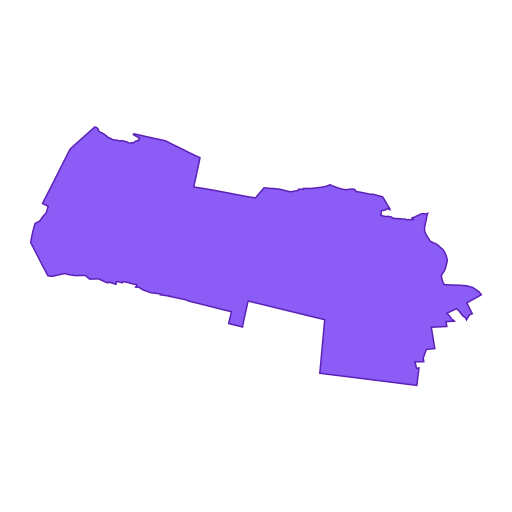 Calopar, Dolj, Romania
{"feature_id": "2599482B22631424246378", "entity_name": "Calopar", "entity_type": "district", "adm_level": 2, "iso_a3": "ROU", "parent_name": "Romania", "parent_adm1": "Dolj", "projection": "natural_earth1", "projection_center": [23.749, 44.163], "detail": "fine", "context": "isolated", "style": "filled", "palette": "violet", "viewbox_px": 512, "rotation_deg": 0, "n_neighbors": 0, "source": "geoboundaries", "source_scale": "gbopen_adm2", "svg_char_len": 4800}
<svg xmlns="http://www.w3.org/2000/svg" viewBox="0 0 512 512"><path d="M423.4,357.6L426.3,349.4L434.8,348.6L431.3,327.2L446.8,326.5L446.1,321.6L454.4,321.2L453.5,320.1L452.6,320.2L450.0,316.6L447.0,313.2L456.4,308.7L459.3,311.2L460.3,312.8L461.6,314.3L463.0,316.1L464.7,317.1L465.5,317.9L466.5,319.9L469.5,314.8L472.3,313.7L466.8,302.9L481.3,294.8L481.0,294.3L479.1,291.8L473.0,287.6L470.0,286.7L467.0,285.8L458.9,285.2L451.0,285.0L447.8,284.8L444.7,284.6L443.9,284.1L443.9,283.8L443.1,282.6L442.6,281.2L441.7,277.9L441.4,275.5L442.3,273.9L444.1,271.4L445.7,267.4L446.6,263.6L447.4,260.5L446.4,256.3L444.7,252.2L442.7,249.2L440.8,247.8L438.4,245.5L435.5,243.6L433.5,242.9L430.5,241.3L430.1,241.1L428.6,238.5L427.2,236.6L425.1,232.4L424.7,231.6L424.5,228.2L425.2,224.3L425.7,222.0L426.3,219.6L426.6,217.2L427.1,214.9L427.7,213.3L427.3,213.4L426.6,214.0L424.5,213.8L423.3,213.6L422.0,213.7L421.3,213.9L420.6,214.2L419.3,214.8L417.9,215.4L415.2,216.7L414.5,217.1L413.4,217.5L412.7,217.6L412.0,217.8L412.3,218.6L412.9,219.3L413.9,219.7L411.6,219.6L410.1,219.7L409.0,219.6L408.9,219.7L408.5,219.7L407.5,219.8L407.1,219.8L406.5,219.8L405.9,219.6L405.6,219.2L404.9,219.0L403.1,219.1L401.0,218.9L400.5,218.7L400.1,218.7L399.4,218.7L398.6,218.7L397.5,218.5L395.3,218.6L394.3,218.4L393.5,218.3L392.7,218.0L392.1,217.5L391.4,217.0L390.2,216.7L388.6,216.5L388.0,216.3L387.2,216.5L386.2,216.5L384.1,216.3L383.6,216.2L382.9,215.9L382.1,215.6L381.0,215.4L381.4,210.7L383.5,210.3L384.9,210.1L385.6,209.7L386.3,209.5L386.6,209.0L387.1,208.6L388.0,208.5L388.3,208.7L388.4,209.1L389.0,209.4L389.7,209.5L389.9,209.6L389.9,208.8L388.4,206.6L385.0,200.7L382.6,196.8L372.4,194.1L371.4,194.4L370.6,194.3L366.6,193.5L361.5,192.4L355.8,191.4L355.6,190.8L355.5,190.7L355.3,190.1L354.5,189.4L353.5,189.1L351.3,189.1L348.9,189.3L346.4,189.7L343.3,189.4L339.6,188.4L335.8,187.1L332.6,185.9L330.1,184.7L326.4,186.2L322.4,187.1L316.9,187.8L311.4,188.4L306.1,188.4L304.1,188.5L303.4,188.5L303.5,189.3L302.6,189.3L301.8,189.3L300.6,189.2L299.9,189.2L299.1,189.2L298.7,189.2L298.5,189.3L298.3,189.7L298.2,190.1L298.1,190.5L297.9,190.5L296.7,190.7L295.3,191.0L291.1,191.7L290.2,191.7L289.8,191.7L288.6,191.4L286.2,190.8L284.5,190.4L282.9,190.0L281.3,189.6L279.9,189.2L278.5,189.1L276.5,188.8L274.7,188.7L272.6,188.5L270.4,188.4L267.2,188.1L265.3,187.9L263.9,187.9L263.0,189.1L261.4,190.9L259.1,193.6L258.0,194.9L256.7,196.3L256.2,197.0L255.8,197.6L255.5,197.9L251.6,197.3L248.9,196.9L242.1,195.6L233.6,194.0L222.5,191.9L210.9,189.7L203.1,188.4L194.0,187.0L193.8,186.9L194.1,185.6L194.4,183.9L194.8,182.1L195.5,178.9L196.1,176.5L196.9,172.0L197.9,168.1L199.5,160.2L200.0,157.8L193.9,154.9L191.6,153.7L190.1,153.1L184.7,150.3L174.2,145.2L171.6,143.9L168.8,142.5L167.3,141.7L165.1,140.7L163.8,140.4L160.6,139.7L158.3,139.2L157.0,138.9L155.0,138.5L153.4,138.2L152.3,137.9L147.2,136.8L142.9,135.8L138.9,134.9L136.3,134.3L135.0,134.0L133.8,133.9L133.6,134.0L133.4,134.4L133.6,134.7L134.2,135.2L137.6,137.0L138.7,137.6L139.1,137.8L138.9,137.9L139.0,138.1L139.1,138.3L139.1,138.5L139.3,138.6L139.4,139.1L138.8,139.6L138.0,140.5L138.0,141.0L136.9,140.9L135.9,141.1L135.1,141.4L134.6,141.8L134.3,142.3L134.1,142.4L133.7,142.6L132.9,142.9L132.3,142.9L131.9,142.8L131.7,142.6L131.4,142.7L130.9,143.0L130.1,143.0L129.6,143.0L129.0,143.1L128.4,142.9L128.0,142.7L127.5,142.2L127.0,142.0L126.4,141.7L125.9,141.6L124.6,141.4L123.6,141.0L122.8,140.7L122.3,140.7L121.2,140.7L119.7,140.8L118.6,140.7L118.0,140.5L117.4,140.4L117.1,140.2L116.3,140.1L115.2,140.0L113.3,139.8L112.8,139.7L112.2,139.5L111.9,139.2L111.0,138.6L110.5,138.3L109.7,138.1L109.0,138.0L108.5,137.7L108.3,137.5L108.0,137.1L107.3,136.9L107.2,136.7L106.9,136.4L106.4,135.9L105.7,135.4L105.4,135.1L103.8,134.0L102.8,133.4L101.9,132.8L100.6,132.4L99.3,131.5L98.4,130.7L98.3,129.5L98.1,129.1L97.6,128.4L97.1,128.0L96.6,127.6L96.2,127.5L94.9,126.9L95.2,126.6L70.9,148.3L69.8,149.6L69.6,150.0L61.1,166.8L54.2,180.5L42.5,203.5L48.2,206.4L46.0,213.3L43.5,215.7L39.6,221.1L35.5,223.2L34.9,223.9L33.0,230.9L31.4,238.1L30.7,242.6L33.6,248.2L43.2,266.9L48.0,275.9L52.4,276.3L64.7,273.5L68.0,274.5L75.5,275.6L84.7,275.4L85.8,275.9L89.6,279.1L99.0,278.9L101.7,280.4L107.0,282.7L108.4,282.7L108.9,282.1L115.9,284.3L116.5,281.8L118.4,281.7L122.3,282.8L122.9,281.6L124.0,281.7L129.0,282.8L131.0,283.5L136.5,284.6L136.7,285.1L136.3,286.2L135.6,287.1L136.6,287.3L137.8,286.9L139.8,287.8L140.8,288.5L142.7,289.8L150.8,292.7L152.4,292.9L159.4,293.8L161.3,294.4L160.8,294.9L161.5,295.0L168.8,296.0L169.4,295.9L169.2,296.3L185.9,299.8L188.5,301.0L231.5,311.8L228.6,323.3L228.7,323.6L242.6,327.0L242.9,324.5L245.2,313.9L248.1,301.0L248.4,301.1L324.7,319.7L319.8,373.3L416.8,385.4L419.0,367.9L416.5,368.4L415.0,361.8L423.8,361.7L423.2,358.0L423.4,357.6Z" fill="#8b5cf6" stroke="#5b21b6" stroke-width="1.5"/></svg>